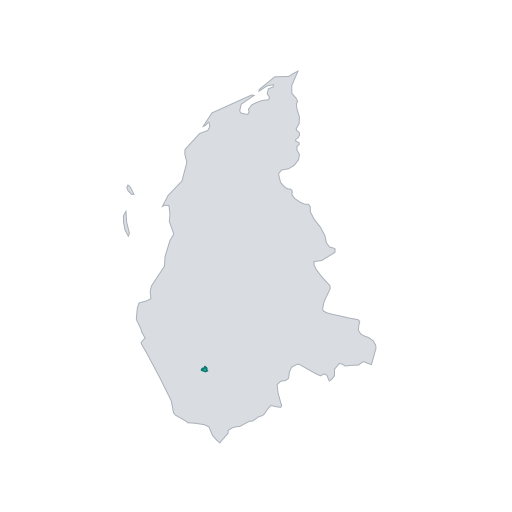 location of San Vicente Centenario, Santa Bárbara, Honduras, rotated 289°
{"feature_id": "27666195B10024798844704", "entity_name": "San Vicente Centenario", "entity_type": "district", "adm_level": 2, "iso_a3": "HND", "parent_name": "Honduras", "parent_adm1": "Santa Bárbara", "projection": "equal_earth", "projection_center": [-88.287, 14.884], "detail": "fine", "context": "in_parent", "style": "filled", "palette": "teal", "viewbox_px": 512, "rotation_deg": 289, "n_neighbors": 0, "source": "geoboundaries", "source_scale": "gbopen_adm2", "svg_char_len": 3418}
<svg xmlns="http://www.w3.org/2000/svg" viewBox="0 0 512 512"><g transform="rotate(289 256 256)"><path d="M444.5,235.5L428.9,234.3L421.5,236.9L418.3,242.5L415.6,245.1L413.2,244.5L408.6,246.7L401.5,251.8L395.1,253.7L389.5,252.5L387.8,253.7L387.4,255.4L386.5,257.0L384.3,257.8L381.8,257.4L378.9,255.6L377.4,256.4L377.3,259.7L375.8,260.5L372.8,259.0L369.6,260.2L366.0,264.1L360.9,264.9L354.3,262.7L349.1,258.4L345.5,252.1L341.1,250.5L333.6,255.2L330.5,260.7L329.8,264.0L330.5,267.1L329.2,269.1L325.6,270.1L323.0,273.8L321.2,280.2L320.8,285.2L321.9,288.7L320.2,291.3L315.6,292.9L310.2,298.4L303.9,307.9L297.7,314.5L291.5,318.2L288.5,322.4L288.7,326.9L288.4,328.4L287.2,328.9L285.2,329.5L273.1,319.6L269.7,312.7L266.7,313.7L262.9,317.2L257.7,325.0L252.0,335.6L249.2,336.8L235.0,335.2L227.5,336.2L226.0,337.6L225.3,341.5L225.7,346.7L227.8,365.4L229.0,373.1L227.9,375.4L224.0,375.8L219.1,376.9L216.4,380.4L215.7,384.0L215.5,389.1L213.9,394.4L210.8,398.1L207.8,399.5L190.8,400.5L191.1,391.8L186.2,388.3L183.4,381.1L181.0,376.2L181.8,373.3L181.5,369.8L174.6,367.1L168.2,369.2L164.5,367.9L161.7,366.0L166.4,361.7L166.8,359.1L165.2,357.3L163.7,356.0L164.1,351.2L165.1,345.5L167.7,332.1L166.7,329.8L162.4,325.8L157.0,325.4L150.9,326.6L148.0,324.6L145.5,320.0L141.2,317.8L133.6,321.5L125.5,327.0L123.0,329.0L121.0,328.7L120.1,324.6L119.7,319.7L119.2,318.5L114.9,316.8L109.9,315.5L107.3,314.2L104.9,310.9L98.9,306.6L97.5,303.4L89.5,296.1L87.9,292.5L86.1,289.8L82.2,286.5L79.2,287.3L69.0,283.1L67.5,282.7L68.9,279.1L72.1,273.4L79.1,267.1L79.7,262.0L77.9,252.2L76.1,245.9L77.1,243.1L79.3,231.7L80.9,229.1L91.0,223.3L92.0,222.5L99.9,214.5L108.8,205.5L118.0,195.7L128.2,184.7L133.8,178.3L136.5,175.5L142.4,177.8L147.0,172.6L149.7,170.8L155.9,164.6L157.9,163.2L168.4,160.7L173.5,160.7L177.9,167.1L181.4,170.5L188.1,167.5L193.6,166.9L216.6,172.8L225.7,170.2L242.4,169.6L250.0,171.1L260.6,162.7L267.4,161.1L275.4,157.2L274.3,153.2L272.4,151.4L284.6,153.2L302.9,161.6L322.2,160.1L329.2,155.5L333.7,154.2L353.6,162.9L358.9,169.5L363.0,170.2L366.2,168.7L367.0,167.3L363.1,165.8L361.3,163.8L377.0,167.8L406.7,199.3L407.3,201.9L394.7,192.6L388.0,193.3L386.3,194.8L386.7,199.9L387.3,202.2L390.2,202.5L392.3,201.1L397.5,202.8L401.0,206.2L405.2,211.4L407.8,217.0L410.5,217.1L413.1,213.7L418.1,213.3L421.4,217.1L423.7,216.8L420.4,211.0L412.8,205.1L414.6,204.9L431.5,215.4L436.4,228.5L440.3,231.5L444.5,235.5ZM246.0,122.6L236.3,128.9L233.2,128.8L237.7,123.9L244.8,119.7L250.9,117.6L255.9,118.5L246.0,122.6ZM279.2,115.8L274.6,120.5L273.7,118.4L275.9,114.0L278.7,111.5L281.4,111.8L280.8,113.7L279.2,115.8Z" fill="#d9dde1" stroke="#a8b0b8" stroke-width="1"/><path d="M131.0,241.5L130.9,241.5L130.7,241.6L130.4,241.7L130.2,241.8L130.3,242.1L130.3,242.4L130.3,242.5L130.2,245.9L131.7,247.4L132.7,246.2L132.8,246.1L133.0,245.9L133.3,245.7L133.5,245.5L133.7,245.8L133.8,245.9L133.9,245.7L134.0,245.7L134.3,245.5L134.3,245.4L134.2,245.4L134.0,245.2L133.9,245.2L133.9,244.9L134.0,244.9L134.3,244.8L134.4,244.7L134.5,244.5L134.6,244.4L134.7,244.2L134.8,244.1L134.9,243.9L134.8,243.7L134.7,243.7L134.4,243.6L134.2,243.6L133.9,243.6L133.7,243.7L133.4,243.7L133.2,243.5L133.1,243.4L133.0,243.2L132.9,243.2L132.8,242.9L132.7,242.9L132.6,242.7L132.4,242.7L132.5,242.6L132.4,242.5L132.4,242.4L132.2,242.4L132.1,242.2L132.0,241.9L131.9,241.9L131.7,241.8L131.6,241.7L131.4,241.6L131.2,241.6L131.0,241.5Z" fill="#14b8a6" stroke="#0f766e" stroke-width="1.5"/></g></svg>